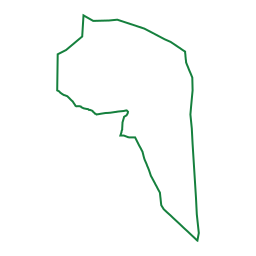 the district of Altai, Govi-Altay, Mongolia
{"feature_id": "93677404B43539602383293", "entity_name": "Altai", "entity_type": "district", "adm_level": 2, "iso_a3": "MNG", "parent_name": "Mongolia", "parent_adm1": "Govi-Altay", "projection": "natural_earth1", "projection_center": [95.421, 44.108], "detail": "fine", "context": "isolated", "style": "outline", "palette": "green", "viewbox_px": 256, "rotation_deg": 0, "n_neighbors": 0, "source": "geoboundaries", "source_scale": "gbopen_adm2", "svg_char_len": 2799}
<svg xmlns="http://www.w3.org/2000/svg" viewBox="0 0 256 256"><path d="M93.2,20.9L83.5,15.4L82.2,36.5L66.1,50.0L57.7,54.3L57.2,90.4L58.4,91.0L59.2,91.4L59.7,92.0L59.9,92.2L60.2,92.6L61.2,93.3L62.2,94.0L62.3,94.1L64.0,95.1L64.3,95.1L65.2,95.4L65.4,95.5L67.0,96.1L67.4,96.3L69.1,98.0L69.3,98.1L69.7,98.6L71.2,100.1L71.6,100.5L71.9,100.8L72.5,101.2L73.2,102.2L73.6,102.9L73.8,103.2L73.9,103.3L75.5,105.7L75.5,105.8L76.3,106.3L77.7,106.2L78.9,106.2L79.4,106.2L80.7,106.5L80.8,106.5L81.2,107.0L81.5,107.3L82.4,107.7L82.6,107.8L83.6,108.3L84.5,108.5L84.9,108.6L86.9,109.0L88.0,109.1L88.5,109.5L89.1,110.0L89.5,109.9L90.0,109.9L91.8,110.6L92.0,110.7L92.5,110.9L92.9,111.6L93.7,112.3L94.4,112.9L94.6,113.2L94.8,113.5L95.0,113.7L95.3,113.7L95.6,113.8L95.9,114.0L96.5,114.5L98.0,114.2L98.4,114.2L100.5,113.8L103.0,113.4L104.9,113.1L105.7,113.0L108.1,112.9L110.5,112.7L115.1,112.0L116.8,111.8L116.9,111.7L117.7,111.6L119.4,111.4L119.6,111.4L123.6,111.0L126.3,110.4L126.8,110.5L128.0,111.8L127.9,112.2L127.8,112.9L127.7,113.2L127.6,113.5L126.6,115.2L126.5,115.4L125.2,116.1L124.8,116.4L124.1,116.8L124.0,117.2L123.6,118.7L123.4,119.3L123.1,120.4L122.6,122.1L122.5,122.4L122.5,123.1L122.4,124.5L122.3,126.8L122.2,128.2L122.2,128.6L122.2,129.6L121.9,130.2L121.8,130.7L121.7,130.8L121.6,131.2L121.5,131.7L121.5,132.2L121.3,132.6L121.0,133.7L120.4,135.5L122.8,135.5L124.0,135.6L127.4,136.9L127.7,137.1L128.5,137.2L129.0,137.4L129.4,137.4L130.0,137.4L130.9,137.4L135.1,137.4L137.0,141.2L137.7,142.6L137.8,142.7L138.0,143.2L138.8,144.8L139.7,146.5L140.9,148.6L141.4,149.7L141.5,149.8L141.7,150.3L142.0,150.8L142.1,151.0L142.5,151.7L142.6,152.2L143.2,154.5L143.6,156.2L144.3,158.7L144.7,159.8L145.7,162.1L145.8,162.3L146.1,163.0L146.7,164.4L147.3,166.1L148.0,167.6L149.0,170.2L150.1,173.4L150.1,173.5L150.2,173.8L150.5,174.6L150.8,175.7L150.9,175.8L151.3,176.6L152.4,178.5L152.6,179.0L152.8,179.4L153.3,180.2L153.5,180.7L153.6,180.8L153.9,181.4L154.1,181.8L154.8,183.0L155.3,184.1L156.7,186.6L156.9,187.0L157.5,188.2L158.5,190.1L159.9,192.6L160.3,196.5L160.5,198.1L160.9,202.0L161.0,203.1L161.3,205.3L163.1,208.2L163.7,209.2L166.8,212.1L169.7,214.7L170.5,215.4L173.3,218.1L175.9,220.5L178.4,222.8L179.9,224.2L182.5,226.7L184.4,228.5L187.6,231.4L189.8,233.5L191.4,235.0L193.0,236.5L194.6,238.0L197.2,240.5L197.4,240.6L198.8,233.0L196.8,214.3L196.0,198.2L192.6,144.1L191.8,128.6L190.4,114.5L191.1,106.3L192.6,90.3L192.3,77.6L190.6,73.4L189.9,71.8L189.2,70.2L188.6,68.7L188.0,67.1L187.4,65.7L186.8,64.3L186.4,63.1L186.1,62.6L186.1,62.0L186.0,61.1L185.9,59.9L185.8,59.7L185.6,57.4L185.5,56.7L185.4,54.9L185.3,54.1L185.1,52.4L185.1,51.6L184.5,51.2L182.9,50.2L181.3,49.1L179.8,48.0L178.8,47.4L170.6,41.9L164.7,39.3L152.0,32.6L144.3,28.6L117.3,19.7L109.1,20.5L93.2,20.9Z" fill="none" stroke="#15803d" stroke-width="2"/></svg>